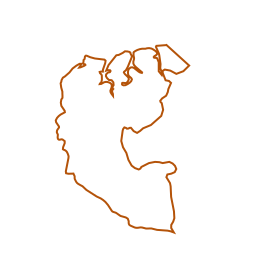 SVG path tracing the border of Delta, rotated 110°
{"feature_id": "NGA-2860", "entity_name": "Delta", "entity_type": "State", "adm_level": 1, "iso_a3": "NGA", "parent_name": "Nigeria", "parent_adm1": "", "projection": "mercator", "projection_center": [5.747, 5.78], "detail": "fine", "context": "isolated", "style": "outline", "palette": "amber", "viewbox_px": 256, "rotation_deg": 110, "n_neighbors": 0, "source": "natural_earth", "source_scale": "10m", "svg_char_len": 3796}
<svg xmlns="http://www.w3.org/2000/svg" viewBox="0 0 256 256"><g transform="rotate(110 128 128)"><path d="M84.2,195.4L83.6,193.8L85.8,194.0L87.9,194.5L87.2,193.3L84.3,190.2L83.3,189.6L82.9,190.0L83.0,191.9L82.6,192.3L81.6,192.4L80.9,192.5L79.4,193.0L78.0,192.4L75.5,192.9L74.4,192.3L74.2,191.5L74.4,187.7L74.0,182.9L71.8,173.5L72.4,172.1L74.8,171.6L81.7,171.5L83.6,170.9L83.9,171.9L84.2,172.6L85.0,173.8L85.9,173.2L86.7,171.6L87.2,170.9L87.8,170.5L91.4,169.1L93.1,168.8L94.7,168.8L95.8,169.6L96.4,169.6L95.7,168.2L93.2,166.1L92.2,164.5L91.8,163.1L91.7,161.4L91.9,159.7L92.5,158.5L93.9,157.6L95.5,157.3L99.0,157.3L100.2,156.7L101.4,155.4L102.9,153.1L101.2,153.8L99.8,155.0L98.3,155.8L96.4,155.2L96.2,155.7L95.5,156.2L95.0,156.7L92.6,156.2L90.1,157.4L88.7,159.7L89.4,162.4L88.2,164.9L86.8,166.5L85.1,166.9L82.9,165.9L82.3,165.2L82.1,164.6L81.7,164.1L80.4,163.9L79.9,164.5L80.2,165.8L80.8,167.3L81.5,168.1L75.5,167.8L63.8,163.9L63.3,163.3L62.8,162.2L62.4,161.6L59.2,158.6L57.0,157.1L56.3,154.9L56.0,152.7L56.3,151.6L57.0,151.3L58.7,149.4L59.6,148.8L60.4,148.7L70.5,149.1L74.4,149.7L76.5,150.9L77.2,150.9L78.3,149.5L80.0,145.7L80.8,144.5L82.1,143.9L83.8,144.0L85.4,144.5L86.5,145.2L86.7,146.0L87.3,148.3L87.6,148.8L88.7,148.7L89.2,148.4L89.4,147.8L89.4,146.7L88.6,145.0L86.8,143.3L84.7,141.8L82.9,141.0L80.9,141.0L80.0,142.0L78.7,145.2L77.6,146.2L75.9,147.0L74.0,147.5L72.3,147.4L70.3,146.3L69.5,144.8L69.5,143.0L71.4,137.3L71.7,135.8L71.5,133.8L70.9,133.8L68.0,141.6L66.9,143.7L65.6,145.0L63.8,145.7L61.3,145.9L60.2,146.2L57.7,147.7L55.1,148.6L54.5,148.4L53.1,147.4L51.5,145.9L49.9,143.9L48.6,141.7L47.6,138.8L46.6,137.4L45.7,135.5L45.3,133.1L45.6,131.0L46.2,128.6L47.1,126.7L48.4,125.9L49.6,126.3L51.7,127.9L52.5,128.1L53.0,127.5L52.8,126.5L52.4,125.5L52.5,124.5L55.7,121.6L64.2,118.5L66.6,114.5L64.5,114.9L60.9,118.1L56.8,119.3L48.9,123.5L47.4,124.5L42.2,129.5L41.1,129.4L37.2,120.8L36.8,120.3L36.9,120.1L48.4,91.9L55.7,95.4L60.6,101.1L59.6,107.9L60.5,113.4L62.5,115.0L64.4,114.2L70.3,109.0L69.8,105.6L70.9,103.0L77.6,103.4L80.7,102.9L84.6,103.2L88.6,106.1L90.5,106.7L91.5,107.0L92.5,106.2L93.1,104.8L98.9,101.2L105.3,100.9L117.4,107.5L123.1,113.7L126.6,115.6L129.5,117.8L129.0,121.6L126.8,125.3L127.3,126.5L128.4,127.5L129.0,128.7L128.6,129.9L128.7,131.6L130.5,132.2L132.3,132.1L142.5,129.9L147.8,126.1L152.0,121.0L157.8,116.7L162.1,111.7L163.3,107.8L163.3,103.7L161.9,102.5L160.0,102.1L153.8,96.3L150.6,91.0L149.4,86.9L149.1,83.4L145.7,77.6L146.1,73.9L147.5,70.9L150.0,68.6L153.5,69.0L156.1,71.7L158.2,75.1L161.1,75.1L165.4,69.7L168.2,68.0L178.0,63.9L190.6,56.3L196.9,53.6L200.6,53.5L204.3,54.2L207.2,53.2L210.5,49.2L210.5,52.6L210.9,55.6L213.8,65.9L214.4,71.6L216.3,76.7L216.7,80.8L217.1,82.2L218.5,84.8L219.0,86.2L219.2,87.7L218.9,92.3L218.5,93.7L217.7,94.5L216.7,95.0L215.3,95.5L213.3,97.2L212.8,99.5L213.2,105.0L211.8,110.3L211.8,111.3L211.9,113.1L211.8,114.1L211.4,114.9L207.2,120.5L205.2,124.0L204.2,126.7L203.5,129.5L203.1,134.0L200.4,146.0L198.3,150.8L198.0,153.0L197.5,155.8L197.0,157.2L196.2,158.4L194.2,160.5L193.6,160.9L191.7,161.6L191.1,162.1L190.1,163.2L189.5,163.7L189.6,163.9L191.4,168.4L191.7,170.7L190.0,171.6L176.5,173.7L174.8,174.2L172.9,175.7L172.0,176.6L171.2,177.5L170.7,178.6L170.4,179.8L170.4,181.3L170.2,181.9L168.3,182.4L163.9,182.3L162.0,183.0L161.2,185.6L161.4,186.7L162.4,188.2L162.6,189.2L162.1,190.2L160.9,190.9L158.3,191.6L157.5,192.3L156.9,193.0L156.2,193.5L154.8,193.8L153.6,193.7L152.3,193.3L151.1,193.0L150.2,193.4L147.2,197.5L145.5,198.5L142.7,198.1L140.5,197.2L138.4,195.9L134.8,192.7L133.5,193.4L130.0,198.2L127.2,199.8L124.0,200.4L122.1,199.9L120.1,200.6L118.2,201.4L116.3,202.1L112.8,204.6L109.0,206.6L107.4,206.5L105.6,206.8L103.0,206.4L101.1,204.9L95.8,202.0L91.0,200.4L87.0,197.8L84.2,195.4Z" fill="none" stroke="#b45309" stroke-width="2"/></g></svg>